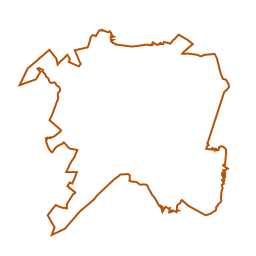 Suchiapa, Chiapas, Mexico, rotated 265°
{"feature_id": "50627088B44239726364509", "entity_name": "Suchiapa", "entity_type": "district", "adm_level": 2, "iso_a3": "MEX", "parent_name": "Mexico", "parent_adm1": "Chiapas", "projection": "mercator", "projection_center": [-93.131, 16.595], "detail": "fine", "context": "isolated", "style": "outline", "palette": "amber", "viewbox_px": 256, "rotation_deg": 265, "n_neighbors": 0, "source": "geoboundaries", "source_scale": "gbopen_adm2", "svg_char_len": 5614}
<svg xmlns="http://www.w3.org/2000/svg" viewBox="0 0 256 256"><g transform="rotate(265 128 128)"><path d="M204.5,45.2L196.0,33.2L193.0,31.4L188.5,28.8L180.1,23.7L184.5,40.6L191.5,45.6L195.0,43.0L195.6,44.4L193.2,48.4L192.8,48.0L192.0,47.7L188.3,50.5L187.2,50.6L186.5,50.7L186.0,51.2L185.4,51.9L184.5,52.8L183.6,53.2L181.8,53.5L180.7,54.0L180.0,54.7L179.5,55.9L179.7,57.0L179.9,58.1L179.7,58.8L179.1,59.4L178.5,59.9L177.5,60.1L176.8,60.5L175.7,61.9L174.9,62.8L174.0,63.2L173.1,63.6L172.1,63.7L171.2,63.5L170.5,62.9L169.7,61.9L169.1,61.6L168.5,61.1L168.1,61.2L167.4,61.0L165.4,60.9L164.4,61.4L146.9,53.1L142.6,50.5L131.9,60.9L131.5,61.1L131.1,60.9L130.8,60.5L130.3,60.3L129.8,59.3L129.1,58.6L128.1,56.8L126.6,54.7L126.3,54.1L124.7,49.9L125.5,49.6L124.7,47.3L125.4,47.0L124.8,45.3L123.3,45.9L123.0,45.4L121.8,45.3L120.6,45.5L118.8,46.0L115.7,46.8L114.3,47.4L112.6,48.3L111.5,49.3L110.4,49.9L110.6,50.8L111.3,51.4L113.0,52.5L113.9,53.4L114.9,54.5L115.9,55.9L116.6,57.5L117.3,58.6L117.6,60.3L118.3,61.7L119.3,62.8L116.6,65.0L113.9,66.8L112.9,67.8L112.6,68.3L112.2,69.2L111.8,71.1L111.4,72.4L111.1,73.7L110.3,75.7L107.0,73.7L103.8,72.2L100.1,69.1L96.2,66.4L94.4,65.6L89.5,62.6L89.2,65.7L89.1,66.3L89.0,67.4L88.9,68.4L88.9,69.0L88.6,72.3L88.5,73.2L87.7,72.8L84.2,71.2L77.5,67.6L78.8,65.1L75.2,62.6L74.9,63.2L74.5,63.6L74.2,64.1L73.3,64.3L72.6,65.1L72.3,66.1L70.4,67.6L69.4,68.8L68.7,69.6L68.3,69.9L67.9,69.6L67.5,69.1L67.2,68.5L66.9,67.6L57.7,60.6L53.2,60.0L53.5,59.0L53.9,58.1L53.9,57.1L54.2,56.1L54.5,55.2L56.0,52.0L57.5,49.4L53.6,45.4L48.0,40.4L43.1,42.6L42.1,42.9L41.2,43.4L39.2,44.4L37.3,45.4L35.5,46.2L32.6,44.8L28.1,42.8L33.2,56.4L41.8,65.3L44.2,67.8L48.9,72.6L51.6,76.3L53.3,78.8L54.9,81.0L56.5,83.3L58.6,86.1L59.7,87.7L60.2,88.2L62.5,90.5L63.0,90.7L78.2,109.9L78.4,110.4L78.9,111.1L81.1,114.8L82.4,116.3L82.2,118.9L82.1,121.8L82.2,123.5L81.9,124.5L81.3,125.2L80.7,125.6L79.7,125.4L77.7,125.5L76.3,125.0L75.2,124.9L74.4,126.9L73.9,129.3L73.7,130.9L72.9,132.4L70.9,134.5L70.4,135.7L70.5,137.0L70.5,138.5L70.2,139.9L69.8,141.5L69.1,142.3L67.8,142.6L66.6,142.9L65.9,143.1L64.9,143.7L63.0,144.6L61.6,145.3L61.0,145.4L59.8,146.0L59.3,146.2L56.3,148.4L47.7,152.3L46.8,153.2L47.7,153.7L46.7,155.2L45.9,154.4L45.4,155.5L44.7,154.4L44.2,154.7L43.1,154.7L41.4,155.0L46.2,158.5L44.2,161.6L44.5,162.7L43.9,162.5L40.3,161.7L40.4,162.6L41.8,164.2L40.9,164.6L41.9,165.5L41.6,165.9L41.3,166.3L41.0,167.4L40.6,168.3L39.9,168.9L41.5,170.4L41.5,170.6L42.1,169.6L42.3,169.6L43.0,169.8L44.0,169.8L44.6,169.9L45.1,170.0L46.0,170.1L46.7,170.4L47.3,171.2L47.9,172.2L48.4,173.0L49.0,173.8L50.7,174.5L51.1,174.8L51.2,175.1L51.5,175.4L49.3,177.5L45.2,181.4L34.3,197.7L35.3,202.5L37.2,205.9L37.5,207.0L37.9,207.5L38.0,207.8L38.3,208.3L39.1,208.6L41.1,208.9L41.4,208.9L41.8,209.1L42.1,210.0L42.7,210.6L43.1,210.4L44.0,211.2L44.7,212.0L45.8,213.5L46.1,213.8L47.5,214.6L51.8,214.6L52.8,215.1L55.7,215.3L58.2,216.3L59.8,217.0L61.2,216.8L62.0,216.7L63.3,216.6L63.8,217.6L64.2,218.8L67.7,217.3L67.0,219.4L67.2,219.5L67.6,219.3L68.1,218.8L69.6,219.7L70.0,218.6L70.4,218.6L70.6,218.5L70.8,218.3L71.6,218.2L71.6,218.4L71.6,219.0L71.2,219.6L71.1,219.8L71.0,220.5L72.4,220.4L72.9,220.4L73.3,217.5L74.5,217.9L74.8,217.9L74.1,220.8L75.3,221.0L75.8,219.3L76.0,219.2L77.6,219.3L77.6,220.0L77.5,220.9L77.5,221.1L78.9,224.0L79.1,223.8L79.9,222.4L81.5,220.6L81.9,220.2L82.1,219.6L83.0,219.8L82.4,221.3L95.2,223.7L95.7,223.5L97.3,223.7L98.1,223.7L98.9,223.3L99.3,222.9L99.7,222.4L100.3,222.0L100.7,221.5L101.3,220.7L101.5,219.8L101.5,218.5L101.4,217.5L98.3,216.3L97.8,214.9L98.4,214.4L99.2,214.4L99.3,214.4L99.5,214.2L99.8,213.3L99.5,212.9L99.2,212.8L98.9,212.6L98.7,212.6L98.1,212.4L99.6,211.6L99.3,211.4L100.3,210.2L101.3,209.8L99.2,209.8L100.1,205.8L100.5,204.1L101.4,204.6L103.5,205.6L103.8,206.8L105.4,206.3L105.6,206.2L105.7,205.7L107.7,206.7L155.3,226.9L157.8,230.1L158.4,230.8L160.1,232.3L163.2,232.0L167.6,229.7L168.6,226.9L173.5,225.2L189.8,222.6L194.3,220.6L194.4,220.1L194.2,218.3L194.2,209.8L193.5,208.9L193.2,207.4L193.1,206.9L193.6,205.5L194.8,203.6L197.0,194.0L196.9,190.2L197.4,188.5L197.7,188.8L198.2,189.3L201.5,193.5L202.7,195.4L203.2,196.0L205.9,199.9L209.6,196.1L210.6,195.0L215.5,188.1L216.6,186.6L214.3,184.0L213.1,182.8L212.7,182.4L211.9,181.0L211.3,180.3L209.7,179.0L209.1,178.3L208.3,177.6L209.1,175.7L209.7,174.0L210.6,171.4L208.5,170.4L208.7,169.7L208.9,169.0L208.7,168.9L208.8,168.4L209.2,168.6L209.5,168.5L210.0,167.8L208.2,165.4L208.5,164.8L208.5,164.4L208.5,164.2L208.5,163.9L208.9,163.2L209.4,162.3L210.6,161.2L210.9,160.7L211.1,160.0L209.5,159.3L209.3,159.7L208.5,159.5L208.8,157.8L208.4,157.7L209.4,154.1L209.4,153.6L208.8,142.8L208.9,138.2L211.2,128.0L212.2,123.3L212.5,123.4L213.0,122.2L213.7,121.3L214.0,120.4L214.8,120.1L215.3,119.4L215.4,118.9L215.9,119.0L216.6,119.5L217.1,120.6L217.5,118.5L219.5,118.8L220.6,118.8L220.0,120.3L220.3,121.8L220.5,121.5L220.5,121.1L220.9,120.5L221.2,120.4L221.3,120.1L222.5,119.9L223.0,119.6L223.4,119.4L224.0,119.4L224.6,119.2L225.2,118.7L226.0,118.1L225.3,117.5L225.2,116.6L226.1,114.4L227.0,112.5L227.9,110.7L227.3,110.6L227.9,108.0L224.9,105.7L222.4,104.2L222.3,103.9L222.4,103.5L223.1,102.9L223.5,101.8L223.5,100.5L223.0,100.1L222.2,99.4L221.7,98.9L213.9,95.9L212.6,95.2L211.8,94.8L211.8,94.5L211.6,92.5L211.3,91.1L211.1,89.4L210.9,87.3L210.7,85.8L210.5,85.0L210.3,84.2L210.0,81.8L208.1,82.4L205.8,83.1L203.4,83.9L200.8,84.7L198.9,85.3L196.0,86.5L193.7,84.5L196.3,79.5L199.0,74.8L201.7,76.1L206.3,73.9L202.4,69.5L199.8,65.9L197.3,63.5L203.6,62.6L212.7,56.5L211.0,54.1L205.9,47.0L205.8,46.9L205.1,45.4L204.8,45.3L204.5,45.2Z" fill="none" stroke="#b45309" stroke-width="2"/></g></svg>